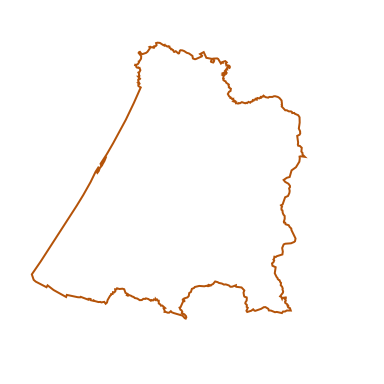 Kebumen, Jawa Tengah, Indonesia, rotated 107°
{"feature_id": "22746128B26305825050369", "entity_name": "Kebumen", "entity_type": "district", "adm_level": 2, "iso_a3": "IDN", "parent_name": "Indonesia", "parent_adm1": "Jawa Tengah", "projection": "natural_earth1", "projection_center": [109.604, -7.644], "detail": "fine", "context": "isolated", "style": "outline", "palette": "amber", "viewbox_px": 384, "rotation_deg": 107, "n_neighbors": 0, "source": "geoboundaries", "source_scale": "gbopen_adm2", "svg_char_len": 5865}
<svg xmlns="http://www.w3.org/2000/svg" viewBox="0 0 384 384"><g transform="rotate(107 192 192)"><path d="M86.5,117.3L87.2,119.2L86.3,119.8L86.0,120.9L86.6,123.1L86.1,125.2L86.6,126.7L84.0,131.2L82.7,131.2L82.3,131.8L81.5,131.7L78.3,133.1L76.5,135.9L76.0,137.8L76.1,140.6L76.6,141.8L77.6,142.9L78.5,145.9L79.5,146.7L79.8,149.5L79.0,151.7L79.9,151.9L80.0,152.6L80.9,153.0L81.0,154.1L81.6,154.1L81.6,153.5L81.9,153.6L82.1,154.5L82.8,155.0L83.0,156.9L83.7,157.0L84.0,157.9L84.8,157.3L85.3,159.3L86.5,159.7L86.4,160.7L87.7,160.8L88.6,162.1L89.5,162.4L89.3,164.3L90.9,165.3L90.8,166.2L91.6,167.0L91.5,170.6L93.2,172.2L93.2,173.2L94.0,173.8L94.0,175.3L94.3,175.9L93.2,176.6L93.2,178.5L92.8,178.1L92.7,178.9L92.4,178.9L92.2,178.2L91.7,179.8L90.9,179.9L91.4,180.8L90.8,181.4L90.9,182.7L90.2,182.8L89.7,184.4L87.8,186.4L85.4,185.9L84.1,184.7L81.9,185.0L81.2,187.3L80.5,187.3L79.6,188.2L78.5,188.2L77.5,191.2L76.3,192.3L76.3,193.4L75.6,194.9L74.4,194.8L74.2,195.5L71.7,195.6L71.2,197.2L70.5,196.7L70.5,195.0L70.0,194.9L69.4,197.3L68.3,196.1L68.8,195.1L68.9,193.9L68.0,193.7L67.7,194.3L66.8,194.7L66.4,195.8L65.0,195.2L64.6,194.2L63.7,194.9L62.2,194.3L62.5,192.5L62.2,192.3L61.4,192.3L61.2,193.2L60.4,193.3L60.4,195.0L61.0,196.1L59.1,197.2L57.9,196.6L57.1,198.5L59.0,201.1L59.5,200.5L59.9,201.5L60.7,201.9L57.1,205.9L56.9,207.0L58.2,210.6L59.0,210.5L59.9,209.2L61.0,209.2L62.0,209.6L62.0,211.7L61.5,212.1L59.8,211.8L58.9,212.2L59.5,217.5L54.8,221.7L57.7,224.6L58.7,222.2L59.5,222.3L63.9,227.4L64.2,228.4L64.0,230.2L61.7,231.4L60.4,235.4L60.4,237.8L59.5,240.7L59.4,242.7L59.8,244.5L60.5,244.9L63.1,244.9L63.5,245.6L62.1,248.7L63.2,249.8L63.2,250.4L61.8,251.5L61.9,252.2L61.3,253.1L61.6,253.8L61.0,254.2L60.7,255.6L59.5,256.1L59.5,257.3L60.0,257.6L60.1,258.4L59.6,260.0L60.0,260.7L59.4,261.1L59.9,261.5L59.6,261.9L59.9,262.5L58.8,266.3L59.3,268.7L60.1,269.9L61.9,268.8L63.3,269.5L63.6,270.7L65.1,270.5L65.3,271.1L64.7,271.5L65.5,272.9L65.3,274.5L65.8,275.1L66.2,274.4L67.0,274.3L71.0,275.6L72.4,276.6L74.6,279.7L74.5,281.0L73.2,282.8L73.6,283.4L74.6,283.7L76.9,280.3L79.4,279.7L82.0,280.4L82.7,281.1L83.5,280.6L85.3,281.1L86.8,282.5L86.9,283.5L87.4,283.5L87.4,282.4L88.7,281.8L89.1,281.0L89.0,280.0L88.6,279.6L89.0,278.9L88.7,278.4L90.6,277.0L92.5,277.3L93.4,278.2L94.4,277.2L95.6,276.9L96.3,276.2L97.1,276.3L97.4,277.2L98.9,274.8L99.5,275.1L99.5,276.0L100.4,276.3L101.9,275.7L103.3,274.3L103.6,275.2L104.3,274.1L105.4,274.7L106.4,274.1L107.0,271.6L123.6,273.6L142.2,276.4L168.5,281.7L180.6,284.5L191.7,287.7L192.5,287.2L191.7,286.5L187.8,286.1L183.0,284.4L187.9,284.8L191.8,285.7L192.1,286.2L192.8,285.8L196.2,287.2L199.1,287.3L201.4,288.1L200.5,289.2L198.2,288.6L195.0,288.5L200.7,290.1L212.2,291.9L226.7,295.1L238.7,298.2L302.7,316.4L317.6,321.1L322.3,317.7L323.4,315.2L325.6,303.3L323.5,302.8L326.2,295.7L329.2,281.7L327.0,281.6L326.0,270.4L325.4,268.1L324.8,267.8L325.3,259.8L324.4,259.8L324.0,258.5L324.0,257.7L325.1,257.5L324.9,254.2L324.4,254.2L324.7,253.0L324.6,249.3L323.9,247.5L324.1,246.4L322.7,243.8L324.1,241.9L322.6,241.0L320.0,241.1L315.2,240.0L314.1,239.3L313.3,239.5L312.7,238.1L310.9,238.3L310.7,236.9L309.2,236.3L307.5,237.1L307.1,235.7L306.0,235.5L306.0,233.1L304.8,230.2L304.8,228.4L307.9,226.1L308.3,223.9L309.7,224.2L309.9,223.0L308.9,222.8L309.1,219.6L309.5,218.5L309.4,217.2L310.1,215.8L309.9,213.1L310.7,210.4L310.0,208.4L308.4,207.3L307.9,205.4L307.2,205.0L307.1,202.5L308.0,199.6L307.2,199.4L307.1,197.6L305.8,197.0L306.0,195.3L304.9,195.5L305.5,194.6L305.0,194.0L305.9,192.9L305.7,192.0L308.3,191.2L308.8,189.4L309.8,188.5L309.3,187.2L310.8,183.9L311.6,185.1L313.5,183.4L314.7,183.2L314.4,182.1L314.5,180.0L314.1,178.6L312.2,177.4L312.9,176.3L313.1,174.2L313.0,164.9L314.8,162.0L314.9,161.0L313.5,160.8L312.4,161.5L311.2,163.5L310.8,166.4L309.3,166.3L308.1,167.6L308.0,168.6L306.2,170.1L305.5,169.3L299.3,168.5L298.7,167.4L297.9,167.7L297.8,169.3L297.5,169.4L296.1,168.4L294.1,165.5L292.4,164.7L289.4,165.1L287.9,163.8L284.7,163.8L283.3,162.1L282.0,161.5L279.7,157.6L278.6,152.7L277.5,150.8L277.4,149.1L276.5,147.7L276.2,149.2L275.9,149.0L275.9,147.2L273.9,145.0L270.8,143.7L270.7,141.1L271.1,139.7L270.8,136.7L271.2,134.4L270.5,132.7L270.5,130.7L270.6,129.2L271.4,127.6L270.9,126.0L268.4,122.8L269.5,122.6L269.7,121.9L268.8,116.7L270.8,113.2L273.2,113.3L276.2,111.8L276.8,111.1L276.8,108.9L277.3,108.6L279.8,108.0L281.9,108.6L283.0,108.4L284.0,106.5L285.9,106.1L286.4,104.8L289.7,105.2L290.6,104.1L288.2,100.6L286.3,99.2L287.2,97.6L287.1,96.7L283.5,91.7L281.2,89.7L280.6,88.1L281.4,84.9L282.8,83.9L282.3,81.8L282.7,77.5L281.9,75.9L281.5,70.6L279.7,70.0L279.1,68.1L277.6,66.7L276.5,62.9L274.4,64.4L274.3,66.1L273.9,66.6L272.8,67.4L272.5,66.9L271.6,68.0L270.7,70.5L269.4,71.0L268.6,70.5L267.7,71.0L267.1,72.2L266.7,71.5L265.9,71.2L265.4,71.5L266.9,74.7L267.7,74.7L266.2,76.0L266.0,77.2L261.7,75.6L260.4,75.8L258.7,77.0L257.8,77.0L256.2,78.2L255.2,79.9L252.9,80.3L252.5,81.1L250.7,82.6L250.8,83.2L250.1,84.6L249.3,85.0L248.5,86.3L245.5,89.1L239.5,90.0L239.0,93.5L236.9,94.6L235.4,93.6L233.5,93.4L232.8,94.4L231.8,94.0L229.8,94.3L229.6,92.8L228.5,92.0L225.3,87.3L222.5,87.7L219.2,89.4L215.3,89.0L214.2,87.7L212.1,82.3L209.9,79.7L208.9,79.1L206.2,79.4L199.3,85.8L197.9,86.4L196.8,88.5L195.5,89.8L195.5,93.1L194.1,93.9L194.3,95.1L193.6,95.5L190.6,95.5L187.8,96.4L186.9,97.9L185.3,99.2L183.2,100.1L182.8,101.2L181.1,101.8L179.7,101.6L178.7,103.0L177.4,101.7L169.8,101.4L167.7,99.0L164.4,98.6L162.4,98.9L160.1,100.2L158.6,99.7L157.4,100.2L155.9,102.2L155.1,105.8L153.7,107.9L150.7,105.5L149.1,103.0L142.2,103.1L137.9,99.8L131.6,98.2L128.6,98.7L126.7,99.5L126.0,98.3L125.4,94.4L124.2,96.7L123.6,97.4L122.4,97.7L121.4,99.2L117.6,100.0L116.4,102.4L116.7,103.9L115.8,104.6L113.6,105.0L107.6,107.8L105.8,105.9L104.5,105.6L102.3,106.4L100.1,108.4L94.2,109.3L89.1,111.0L87.5,112.9L87.1,116.6L86.5,117.3Z" fill="none" stroke="#b45309" stroke-width="2"/></g></svg>